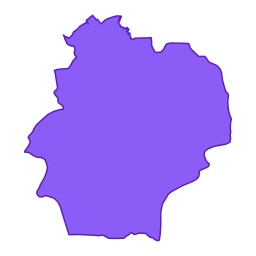 outline of Buon Ho, Đắk Lắk, Vietnam
{"feature_id": "81297802B72254139131894", "entity_name": "Buon Ho", "entity_type": "district", "adm_level": 2, "iso_a3": "VNM", "parent_name": "Vietnam", "parent_adm1": "Đắk Lắk", "projection": "mercator", "projection_center": [108.269, 12.851], "detail": "fine", "context": "isolated", "style": "filled", "palette": "violet", "viewbox_px": 256, "rotation_deg": 0, "n_neighbors": 0, "source": "geoboundaries", "source_scale": "gbopen_adm2", "svg_char_len": 4690}
<svg xmlns="http://www.w3.org/2000/svg" viewBox="0 0 256 256"><path d="M151.1,37.6L148.4,37.9L143.7,38.0L134.6,38.2L134.4,38.5L134.2,38.8L133.7,39.2L133.5,39.3L133.3,39.2L133.2,39.1L130.9,39.0L130.8,38.9L130.7,38.7L130.7,38.2L130.8,37.9L130.8,37.3L130.8,36.9L130.7,36.6L130.3,35.9L130.0,35.4L129.8,35.0L129.7,34.8L129.7,34.4L129.7,34.1L129.8,33.8L130.0,33.5L130.0,33.3L130.0,33.2L129.9,33.2L129.7,33.2L129.7,33.3L129.3,33.7L129.2,34.0L129.0,34.3L128.8,34.5L128.7,34.5L128.5,34.4L128.4,34.2L128.3,33.8L128.3,33.6L128.3,33.0L128.3,32.8L128.3,32.7L128.2,32.6L127.9,32.3L127.7,32.1L127.2,32.0L127.0,31.9L126.8,31.7L126.7,31.6L126.6,31.4L126.6,31.2L126.8,31.0L127.0,30.9L127.1,31.0L127.4,31.0L127.5,31.1L127.8,31.1L128.1,31.0L128.2,30.9L128.4,30.7L128.5,30.6L128.5,30.0L128.6,29.7L128.6,29.4L128.7,29.0L128.7,28.9L128.4,28.8L128.1,28.9L128.0,29.0L127.9,29.2L127.7,29.3L127.4,29.2L127.3,28.9L127.3,28.1L127.3,27.8L127.2,27.7L126.9,27.5L126.7,27.5L126.4,27.7L126.3,28.0L126.1,28.4L126.1,28.5L125.9,28.7L125.9,28.8L125.6,28.7L125.4,28.6L125.2,28.5L124.8,28.5L124.7,28.5L124.3,28.5L124.2,28.5L124.0,28.4L124.0,28.1L124.0,27.9L124.0,27.7L123.9,27.6L123.6,27.6L123.2,27.8L122.9,27.8L122.8,27.7L122.7,27.7L122.6,27.4L122.6,27.1L122.4,27.1L122.2,27.1L121.9,27.2L121.3,27.2L121.2,27.2L120.9,27.0L120.8,26.9L120.7,26.7L120.7,26.2L120.7,25.9L120.5,25.7L120.4,25.6L120.2,25.3L120.1,25.2L119.9,24.8L119.7,24.4L119.5,24.1L119.1,23.8L118.6,23.2L118.4,22.8L118.4,22.6L118.4,22.4L118.5,22.3L118.5,22.1L118.7,21.9L118.9,21.8L119.0,21.7L119.2,21.8L119.3,21.7L119.5,21.5L119.5,21.4L119.5,21.0L119.5,20.9L119.6,20.7L119.8,20.5L119.9,20.3L119.9,20.1L119.7,19.9L119.4,20.0L119.2,20.1L118.9,20.1L118.9,19.9L118.8,19.7L118.9,19.3L119.1,18.8L119.3,18.4L119.4,18.2L119.5,18.1L119.8,18.2L119.9,18.3L120.0,18.5L120.1,18.8L120.3,18.8L120.5,18.8L120.6,18.7L120.5,18.4L120.4,18.3L120.2,18.1L120.0,17.9L120.0,17.7L120.0,17.3L120.0,17.2L120.4,17.1L120.6,17.2L120.7,17.3L120.9,17.3L121.0,17.4L121.3,17.2L121.3,16.7L121.3,16.4L121.2,16.2L117.1,15.9L114.1,16.6L107.9,18.6L104.5,20.5L103.8,21.4L102.5,22.7L101.0,23.8L97.3,19.3L96.3,19.7L95.7,19.1L92.6,15.4L87.9,19.0L86.2,20.6L87.7,23.0L86.4,22.4L85.3,23.1L83.4,24.2L82.4,24.8L81.1,25.6L80.1,26.1L79.2,27.1L77.2,29.3L76.0,30.2L73.7,31.8L73.6,32.1L73.1,33.1L72.9,33.5L72.5,34.3L72.4,34.6L72.2,35.0L72.1,35.3L71.9,35.5L71.7,35.7L71.3,35.9L71.1,36.0L70.8,36.5L70.4,37.1L70.2,37.3L69.8,37.5L69.5,37.6L69.2,37.6L68.8,37.7L68.7,37.7L68.5,37.8L68.2,37.9L68.0,38.0L67.9,38.1L67.7,38.0L67.5,37.7L67.4,37.5L67.2,37.1L66.3,36.7L65.1,36.5L64.9,36.4L64.7,36.3L64.4,35.9L64.1,35.6L63.9,35.5L63.7,35.4L63.9,36.1L65.3,39.9L67.1,43.6L68.9,45.1L71.7,46.0L73.7,46.3L74.5,47.3L74.9,48.1L74.9,49.4L74.2,52.5L74.4,54.0L75.2,55.6L76.6,56.9L73.1,60.7L70.6,65.3L68.7,68.1L67.6,68.6L61.3,69.0L56.3,69.7L54.4,70.6L55.1,72.5L56.7,82.5L57.5,86.9L57.3,88.7L56.6,89.7L54.6,91.2L54.2,92.1L54.1,92.9L55.3,95.1L57.3,97.3L57.9,98.5L58.0,101.6L58.3,102.5L59.4,103.5L61.7,105.1L62.7,105.9L63.3,107.1L63.3,109.3L60.8,109.4L53.6,111.5L48.1,114.4L44.0,117.9L36.8,124.6L33.8,128.9L33.0,131.2L31.8,132.9L28.8,136.1L28.2,137.3L29.6,140.1L30.1,141.1L30.0,142.5L28.8,145.5L25.3,150.3L24.7,151.6L25.0,152.3L26.6,152.1L28.0,152.3L29.5,152.9L33.2,155.5L34.1,155.8L36.9,157.2L40.9,157.5L43.0,158.3L44.9,159.5L46.6,163.7L47.5,167.8L46.2,173.1L44.4,177.7L42.7,180.8L40.4,184.7L39.1,188.1L37.2,190.9L36.8,193.4L38.2,195.8L39.6,196.8L42.1,196.9L44.2,196.0L46.0,195.7L48.8,196.4L53.0,197.9L55.2,199.1L57.7,201.8L60.1,206.2L64.7,221.0L69.0,234.7L78.8,234.5L93.3,235.2L98.6,235.7L100.6,235.3L102.7,235.2L104.2,235.7L108.2,238.1L111.1,238.4L119.4,238.4L123.9,238.2L125.5,236.9L126.6,235.8L128.5,234.9L130.5,233.0L131.4,232.8L132.2,232.9L133.7,234.2L135.6,234.3L138.8,233.1L144.0,233.3L145.5,233.4L146.7,234.4L149.3,236.7L150.7,237.4L152.9,237.8L154.9,239.5L156.7,240.5L158.5,240.6L159.3,240.0L160.1,234.7L160.8,224.6L160.7,212.8L161.7,207.3L162.6,203.7L165.1,199.5L168.5,193.9L172.4,191.1L182.5,185.6L189.1,182.9L190.5,182.2L192.0,181.8L196.1,179.4L198.2,177.4L198.9,175.9L199.4,171.6L200.1,170.3L206.8,167.4L208.7,166.1L209.2,164.8L209.1,163.7L207.0,162.0L205.0,158.1L204.0,154.3L204.7,151.5L207.6,149.0L213.9,146.4L220.7,145.1L225.7,144.2L230.0,142.1L230.6,138.2L230.1,134.0L230.8,132.2L230.3,128.7L230.5,123.6L231.3,118.8L229.9,115.4L228.3,109.6L227.7,101.3L228.2,97.2L228.3,95.4L228.1,94.1L225.5,91.0L222.6,80.7L221.4,72.2L220.2,69.3L218.9,67.6L216.7,65.5L208.8,62.0L206.3,58.1L205.1,56.6L203.8,56.4L198.6,56.4L190.3,48.3L189.5,45.5L188.6,43.7L187.5,43.4L171.5,43.0L167.2,43.7L166.0,44.8L163.3,49.7L160.7,52.2L156.7,52.4L155.0,52.1L153.7,49.8L151.7,45.8L151.5,40.4L151.1,37.6Z" fill="#8b5cf6" stroke="#5b21b6" stroke-width="1.5"/></svg>